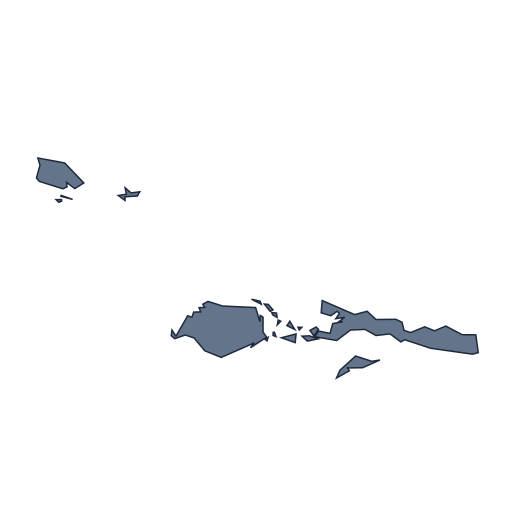 Kavieng District, New Ireland, Papua New Guinea (Mercator projection), rotated 342°
{"feature_id": "67681753B13414924819531", "entity_name": "Kavieng District", "entity_type": "district", "adm_level": 2, "iso_a3": "PNG", "parent_name": "Papua New Guinea", "parent_adm1": "New Ireland", "projection": "mercator", "projection_center": [150.489, -2.205], "detail": "medium", "context": "isolated", "style": "filled", "palette": "slate", "viewbox_px": 512, "rotation_deg": 342, "n_neighbors": 0, "source": "geoboundaries", "source_scale": "gbopen_adm2", "svg_char_len": 1959}
<svg xmlns="http://www.w3.org/2000/svg" viewBox="0 0 512 512"><g transform="rotate(342 256 256)"><path d="M196.3,284.3L190.5,285.4L191.3,289.0L185.9,287.5L186.1,292.1L179.4,290.1L176.1,294.4L172.6,291.7L155.1,307.5L153.2,300.5L150.8,305.6L153.1,309.5L164.4,309.3L171.8,314.9L178.0,330.3L191.6,341.7L227.5,338.1L222.4,341.5L241.0,336.5L239.2,330.4L243.8,316.3L241.7,313.9L239.4,319.7L239.7,304.9L208.7,293.2L196.3,284.3ZM440.7,398.9L427.8,394.6L414.9,381.3L402.6,382.3L394.6,375.5L379.3,376.6L373.8,372.4L374.4,364.1L369.4,359.4L350.5,353.5L344.6,342.9L331.7,342.2L305.2,318.8L300.4,330.2L308.6,335.9L316.0,333.7L317.6,336.3L312.5,340.3L321.3,341.7L315.0,343.9L318.3,345.3L308.1,344.0L302.5,352.5L292.3,346.7L286.9,350.9L306.7,361.3L323.0,355.6L337.0,359.5L345.5,368.7L359.4,371.5L367.2,382.5L371.6,381.6L393.5,397.7L431.6,416.3L437.5,416.6L440.7,398.9ZM102.8,108.4L78.8,95.4L78.6,102.9L71.3,114.0L73.0,118.1L93.1,132.4L97.6,131.9L98.6,127.5L104.5,135.9L114.8,133.3L102.8,108.4ZM319.8,381.9L300.4,390.7L294.9,396.9L309.3,394.0L308.5,390.8L322.9,395.2L341.7,393.2L333.7,392.0L319.8,381.9ZM156.7,157.4L152.6,150.7L151.8,157.2L143.7,155.9L148.6,162.7L149.7,159.2L161.7,162.3L165.3,159.0L156.7,157.4ZM270.0,342.5L254.9,341.6L266.5,350.5L270.0,342.5ZM275.0,346.5L278.5,352.8L289.4,354.0L282.1,348.4L275.0,346.5ZM291.2,342.1L284.3,343.4L286.3,349.9L292.8,345.1L291.2,342.1ZM270.2,337.9L268.0,328.5L263.9,331.8L270.2,337.9ZM255.5,312.5L252.7,305.8L249.1,304.3L252.3,312.9L255.5,312.5ZM257.1,320.9L257.9,316.6L253.5,314.7L253.7,317.1L257.1,320.9ZM99.1,145.5L89.5,138.2L88.9,138.9L99.1,145.5ZM255.0,328.0L259.4,325.7L257.3,323.8L255.0,328.0ZM246.0,300.3L238.4,295.7L246.1,303.5L246.0,300.3ZM83.3,140.6L85.1,144.0L88.2,143.7L88.4,142.2L83.3,140.6ZM277.5,338.0L273.9,336.7L274.3,339.7L277.5,338.0ZM240.2,340.1L242.4,337.1L238.7,337.9L240.2,340.1ZM250.1,338.8L249.9,334.1L248.7,333.9L247.7,336.9L250.1,338.8Z" fill="#64748b" stroke="#1e293b" stroke-width="1.5"/></g></svg>